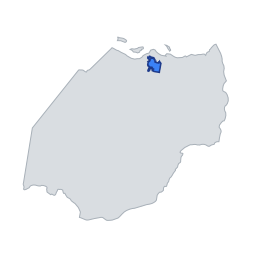 Kisarawe, Pwani, United Republic of Tanzania shown in context, rotated 280°
{"feature_id": "72390352B52983476562666", "entity_name": "Kisarawe", "entity_type": "district", "adm_level": 2, "iso_a3": "TZA", "parent_name": "United Republic of Tanzania", "parent_adm1": "Pwani", "projection": "albers", "projection_center": [38.786, -7.182], "detail": "fine", "context": "in_parent", "style": "filled", "palette": "blue", "viewbox_px": 256, "rotation_deg": 280, "n_neighbors": 0, "source": "geoboundaries", "source_scale": "gbopen_adm2", "svg_char_len": 6811}
<svg xmlns="http://www.w3.org/2000/svg" viewBox="0 0 256 256"><g transform="rotate(280 128 128)"><path d="M94.5,182.1L91.6,180.6L89.0,179.7L86.9,178.7L85.9,177.8L84.0,177.4L82.2,177.3L80.6,176.4L77.4,176.1L77.0,175.5L76.9,174.1L76.4,173.8L75.2,173.4L73.9,173.5L73.1,173.7L72.6,173.6L71.6,172.8L70.6,171.8L70.2,170.2L68.7,169.2L66.9,168.4L62.2,168.5L61.4,168.3L60.2,167.5L58.9,166.1L57.8,164.6L56.8,162.5L55.8,159.7L50.1,148.4L49.5,146.3L48.4,143.9L46.6,141.0L44.7,138.9L42.1,137.0L39.2,135.1L37.6,133.8L34.6,128.5L33.9,126.0L33.4,123.4L33.6,122.4L35.3,119.0L35.5,118.1L35.3,116.8L34.3,114.2L33.1,110.9L30.6,105.1L30.2,103.6L30.2,102.5L31.5,96.5L31.5,95.7L37.0,95.7L41.0,93.0L44.4,89.0L45.1,87.4L46.5,84.8L47.9,83.6L48.4,82.7L49.2,80.2L51.0,78.5L52.8,77.1L52.4,76.2L52.6,75.9L53.6,75.2L55.5,74.5L55.9,73.2L55.8,71.8L55.5,70.9L55.6,70.0L55.3,69.5L54.0,69.3L52.1,68.6L50.5,68.4L49.5,67.9L49.1,67.6L48.9,66.7L49.7,64.4L48.9,63.5L50.7,59.7L51.1,59.2L51.8,59.2L52.9,58.7L53.9,58.5L54.8,58.7L55.4,58.5L55.9,58.1L56.4,56.8L56.7,54.6L56.5,52.9L55.6,51.6L55.4,49.5L55.7,46.7L55.4,44.5L54.5,42.6L53.5,41.6L52.1,41.1L49.9,38.3L49.2,37.0L49.3,36.1L50.0,35.8L51.4,35.9L52.8,35.5L54.0,34.7L55.2,34.5L55.8,34.6L111.4,33.8L176.5,69.3L176.7,69.7L177.2,72.8L177.1,73.9L176.2,75.7L175.9,76.6L175.9,77.3L176.1,77.5L176.9,77.6L177.7,78.0L177.9,78.4L178.5,79.7L179.2,80.4L203.7,98.0L204.3,98.3L203.9,99.8L202.6,103.4L202.5,104.9L201.9,106.6L201.4,107.8L200.0,112.8L198.8,114.7L197.2,119.2L197.0,122.6L197.8,124.9L198.2,127.2L200.1,129.4L201.6,130.1L202.6,131.1L204.4,133.4L205.4,135.7L208.6,136.8L209.9,139.4L209.5,141.2L208.0,142.6L206.6,145.0L205.4,148.1L205.4,152.9L206.1,152.1L207.9,153.3L208.1,156.8L206.3,160.9L205.8,162.8L205.7,164.4L206.9,169.3L208.9,171.8L208.7,172.6L208.2,173.2L211.5,177.6L211.2,181.5L212.5,184.4L213.0,187.0L213.8,189.0L214.0,190.4L213.0,191.9L215.4,192.3L216.8,193.5L217.4,194.7L219.2,194.7L220.1,195.5L221.5,196.1L224.5,198.1L225.3,199.1L225.8,200.1L217.5,206.3L214.5,207.9L212.4,208.7L210.1,209.1L208.0,210.1L205.9,211.6L203.3,212.4L200.1,212.4L196.8,213.5L191.5,216.7L188.5,214.9L186.1,214.4L183.3,214.4L181.6,214.7L181.0,215.1L180.5,216.2L180.0,218.0L178.2,219.7L175.1,221.4L172.1,222.0L169.5,221.6L167.7,220.9L166.7,219.9L165.3,219.5L163.5,219.6L161.7,220.3L160.0,221.6L157.3,222.2L153.7,222.0L151.7,221.4L151.4,220.3L149.8,219.1L146.8,217.6L144.6,217.6L143.2,219.0L142.0,219.9L140.8,220.3L139.8,220.3L138.3,219.9L134.2,219.8L130.3,219.9L129.9,217.9L129.1,216.7L128.4,216.0L127.1,215.8L126.7,215.2L126.2,214.0L125.6,212.9L124.7,212.0L124.1,211.2L124.0,210.5L124.1,209.6L124.9,207.6L125.1,206.1L125.0,204.7L124.6,203.2L123.6,201.4L123.7,200.9L123.4,199.7L123.4,198.9L123.5,197.8L123.4,196.4L122.5,193.5L122.5,192.7L121.7,191.3L119.1,187.9L118.9,187.5L114.9,184.1L113.2,183.4L112.7,184.1L112.4,184.6L112.6,185.7L112.5,186.3L112.4,186.5L111.4,186.5L110.8,186.4L109.3,185.5L108.1,185.3L105.1,185.5L104.1,185.7L103.2,185.5L101.7,184.0L99.8,183.6L98.2,183.6L95.4,181.8L94.5,182.1ZM209.1,124.4L210.4,128.2L210.3,128.9L209.3,129.3L208.8,129.3L208.2,128.7L207.8,127.5L207.1,127.8L205.9,126.3L204.7,126.2L203.6,124.4L204.0,122.8L203.8,120.1L205.1,118.7L205.8,116.4L206.7,118.0L206.8,120.5L208.0,123.4L209.1,124.4ZM215.6,102.1L215.7,103.0L215.4,103.8L215.5,106.5L215.4,108.2L214.4,110.7L213.6,111.5L212.8,111.3L212.2,110.9L211.8,110.2L212.7,105.7L212.2,102.4L214.1,102.8L215.6,102.1ZM212.8,156.2L211.8,156.5L211.5,156.2L210.9,155.5L211.9,154.9L212.9,153.7L215.2,151.9L216.2,150.4L216.1,151.8L214.8,154.9L213.7,155.1L212.8,156.2Z" fill="#d9dde1" stroke="#a8b0b8" stroke-width="1"/><path d="M202.4,136.7L202.1,136.7L201.9,136.7L201.6,136.6L201.5,136.4L201.4,136.3L201.4,136.2L201.4,135.9L201.4,135.7L201.3,135.2L201.0,135.3L200.5,135.3L200.5,135.2L200.5,135.3L200.4,135.5L200.3,135.4L200.2,135.5L200.2,135.4L200.2,135.5L199.9,135.6L199.8,135.9L199.7,136.0L199.5,136.5L199.6,137.1L199.6,137.3L199.6,137.5L199.9,137.8L199.9,138.0L199.7,137.9L198.3,137.9L198.3,137.6L198.3,137.1L197.6,137.1L197.6,137.5L197.4,137.5L197.0,137.1L197.2,136.8L197.2,136.6L197.1,136.3L196.9,136.1L196.7,136.4L195.9,136.4L195.7,136.5L195.4,136.5L195.0,136.4L194.7,136.4L194.0,136.4L193.9,136.4L193.7,136.7L193.6,136.9L193.3,137.1L193.1,136.7L193.1,136.8L193.1,136.7L192.9,136.7L192.9,136.8L192.7,136.9L192.7,137.0L192.7,137.3L192.5,137.5L192.4,137.6L192.5,137.6L192.4,137.7L192.5,137.8L192.4,137.9L192.4,138.0L192.3,138.3L192.1,138.4L191.9,138.5L191.7,138.5L191.1,138.3L190.9,138.4L190.5,138.1L190.2,138.0L189.8,138.3L189.6,138.3L189.4,138.1L189.2,137.9L188.8,137.8L188.6,137.6L188.4,137.6L188.2,137.6L187.9,137.7L187.7,137.7L187.7,137.9L187.5,138.2L187.6,138.3L187.7,138.5L187.8,138.7L188.0,138.6L188.3,138.6L188.5,138.8L188.4,138.9L188.5,139.0L188.4,139.1L188.6,139.2L188.8,139.2L188.9,139.3L189.2,139.2L189.3,139.2L189.5,139.2L189.8,139.2L189.8,139.3L190.1,139.5L190.1,139.4L190.3,139.4L190.5,139.4L190.8,139.4L191.0,139.5L191.2,139.4L191.7,139.4L191.8,139.5L191.9,139.8L191.7,139.8L191.6,140.0L191.5,140.3L191.4,140.3L191.5,140.5L191.4,140.5L191.2,140.6L191.3,140.7L191.2,140.7L191.3,140.8L191.2,140.9L191.2,141.0L190.8,141.1L190.8,141.4L190.7,141.3L190.8,141.4L190.7,141.4L190.7,141.5L190.5,141.8L190.5,142.0L190.4,142.2L190.3,142.3L190.2,142.2L190.2,142.3L190.1,142.2L190.1,142.3L190.0,142.2L189.9,142.2L189.9,142.3L189.8,142.2L189.7,142.2L189.8,142.1L189.6,142.2L189.4,142.2L189.4,142.3L189.2,142.5L189.1,142.4L189.1,142.5L188.9,142.7L188.9,142.8L188.7,142.9L188.8,143.0L188.7,142.9L188.7,143.0L188.6,143.3L188.4,143.4L188.3,143.5L188.2,143.7L188.2,144.6L188.2,145.0L188.2,145.7L188.2,146.1L188.2,146.3L188.2,147.0L188.3,147.9L188.2,148.1L188.2,148.4L188.2,149.2L190.2,149.1L191.5,149.2L193.7,149.2L193.9,149.1L194.1,149.2L194.4,149.1L195.2,149.2L196.0,149.1L196.3,149.2L197.4,149.2L197.6,148.7L197.9,148.6L198.1,148.5L198.0,148.3L197.9,148.2L197.7,148.1L197.7,147.9L197.9,147.7L198.1,147.7L198.5,147.6L198.9,147.5L199.1,147.4L198.9,147.3L198.6,146.9L198.4,146.8L198.3,146.7L198.2,146.6L197.8,146.6L197.3,146.6L197.3,146.3L197.3,145.8L197.3,144.7L197.5,144.1L197.5,143.5L197.6,143.3L197.9,143.5L198.0,143.6L198.3,143.8L198.6,143.8L198.6,143.6L198.5,143.4L198.6,142.9L198.8,142.9L199.0,142.9L199.3,142.7L199.5,142.6L199.8,142.6L200.0,142.5L200.0,142.4L200.1,142.5L200.2,142.4L200.3,142.3L200.4,142.2L200.6,142.1L200.8,141.7L201.2,141.6L201.3,141.5L201.3,141.4L201.4,141.2L201.6,141.2L201.7,140.7L201.7,140.2L201.8,140.1L201.7,140.0L201.6,139.9L201.6,139.6L201.4,139.5L201.2,139.7L201.0,139.8L201.0,139.7L200.9,139.8L200.8,139.6L200.7,139.4L200.8,139.3L201.0,139.3L201.3,139.4L201.5,139.2L201.4,138.9L201.7,138.6L201.4,138.5L201.5,138.3L201.7,138.2L201.9,137.9L201.9,137.7L202.0,137.8L201.9,137.6L202.1,137.5L202.3,137.4L202.2,137.1L202.3,137.1L202.4,136.8L202.4,136.7Z" fill="#3b82f6" stroke="#1e3a8a" stroke-width="1.5"/></g></svg>